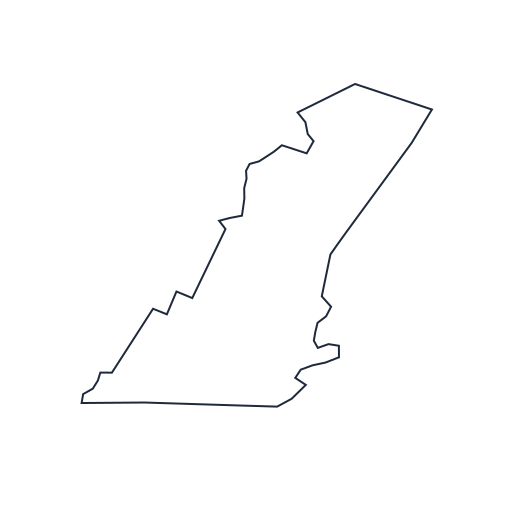 the district of Pinheiro Preto, Santa Catarina, Brazil, rotated 110°
{"feature_id": "56859067B21273209353903", "entity_name": "Pinheiro Preto", "entity_type": "district", "adm_level": 2, "iso_a3": "BRA", "parent_name": "Brazil", "parent_adm1": "Santa Catarina", "projection": "equal_earth", "projection_center": [-51.235, -27.055], "detail": "fine", "context": "isolated", "style": "outline", "palette": "slate", "viewbox_px": 512, "rotation_deg": 110, "n_neighbors": 0, "source": "geoboundaries", "source_scale": "gbopen_adm2", "svg_char_len": 823}
<svg xmlns="http://www.w3.org/2000/svg" viewBox="0 0 512 512"><g transform="rotate(110 256 256)"><path d="M106.9,266.0L113.4,255.3L123.7,249.1L128.4,241.2L142.2,243.5L143.1,269.6L151.8,274.8L159.3,280.4L166.1,285.6L171.7,293.5L179.3,294.5L186.7,291.3L196.3,290.3L205.9,286.6L213.3,285.0L222.9,283.0L229.4,293.9L235.5,302.7L241.1,293.9L317.3,301.5L316.6,318.6L341.3,319.8L340.8,334.7L414.9,351.5L418.8,362.4L427.2,362.0L436.5,364.0L444.9,371.2L453.8,369.6L431.9,310.9L401.7,219.1L390.3,184.6L378.0,173.7L360.1,165.1L357.1,177.4L347.5,175.1L339.4,165.5L332.4,154.3L322.8,143.4L312.0,147.4L314.0,157.7L321.2,166.5L315.8,172.7L306.9,174.3L297.7,175.3L288.7,169.5L278.0,168.1L271.4,180.4L229.1,186.6L217.9,183.6L201.6,179.0L96.4,148.4L58.2,140.8L60.5,221.8L106.9,266.0Z" fill="none" stroke="#1e293b" stroke-width="2"/></g></svg>